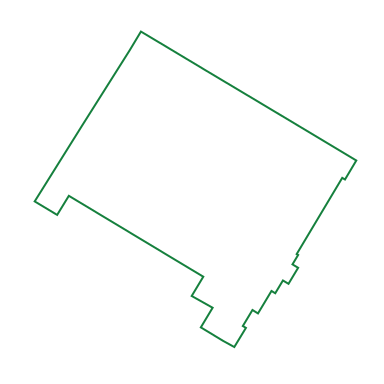 outline of Hill, Montana, United States of America, rotated 31°
{"feature_id": "52423323B64046632400523", "entity_name": "Hill", "entity_type": "district", "adm_level": 2, "iso_a3": "USA", "parent_name": "United States of America", "parent_adm1": "Montana", "projection": "equal_earth", "projection_center": [-109.883, 48.566], "detail": "fine", "context": "isolated", "style": "outline", "palette": "green", "viewbox_px": 384, "rotation_deg": 31, "n_neighbors": 0, "source": "geoboundaries", "source_scale": "gbopen_adm2", "svg_char_len": 605}
<svg xmlns="http://www.w3.org/2000/svg" viewBox="0 0 384 384"><g transform="rotate(31 192 192)"><path d="M316.6,80.4L280.4,80.4L208.1,80.5L141.6,80.7L118.5,80.7L108.1,80.7L98.9,80.7L65.6,80.8L65.6,102.4L63.6,191.7L62.0,281.1L88.2,281.1L88.4,258.7L201.6,258.8L211.4,258.8L245.3,258.8L245.3,281.3L269.3,280.6L269.3,299.8L269.3,303.5L295.3,303.6L308.1,303.1L308.2,280.7L304.6,280.7L304.6,262.0L311.1,262.1L311.1,235.9L315.5,235.9L315.5,221.0L322.0,221.0L322.0,202.3L315.4,202.3L315.4,192.6L315.4,191.3L313.7,191.3L313.5,102.5L316.7,102.5L316.6,80.4Z" fill="none" stroke="#15803d" stroke-width="2"/></g></svg>